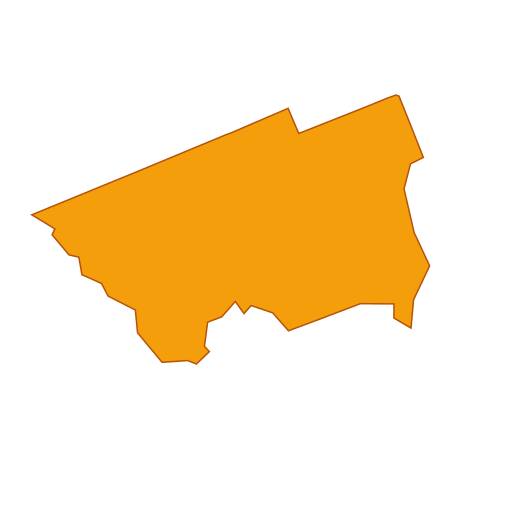 Seminole, Florida, United States of America, rotated 158°
{"feature_id": "52423323B18457012552494", "entity_name": "Seminole", "entity_type": "district", "adm_level": 2, "iso_a3": "USA", "parent_name": "United States of America", "parent_adm1": "Florida", "projection": "orthographic", "projection_center": [-81.235, 28.745], "detail": "fine", "context": "isolated", "style": "filled", "palette": "amber", "viewbox_px": 512, "rotation_deg": 158, "n_neighbors": 0, "source": "geoboundaries", "source_scale": "gbopen_adm2", "svg_char_len": 714}
<svg xmlns="http://www.w3.org/2000/svg" viewBox="0 0 512 512"><g transform="rotate(158 256 256)"><path d="M100.6,218.6L93.6,262.8L78.2,283.6L63.9,284.7L63.6,322.7L63.5,350.7L66.0,352.8L75.1,353.2L99.8,353.1L170.4,353.6L170.6,360.4L170.9,380.9L208.2,380.1L232.8,379.5L238.7,379.7L333.0,378.8L448.5,378.2L432.3,356.5L437.1,352.1L429.0,327.1L420.7,321.3L424.4,303.9L409.5,288.3L408.2,274.3L388.1,251.1L394.6,229.2L382.9,192.6L358.6,184.7L351.7,178.2L335.1,184.8L337.6,191.6L325.6,212.8L310.6,212.4L292.2,221.6L288.7,207.1L279.1,211.9L261.8,197.0L253.9,174.5L215.7,173.5L177.1,172.7L146.0,159.9L151.4,146.8L139.3,131.1L126.3,156.4L98.7,181.8L100.6,218.6Z" fill="#f59e0b" stroke="#b45309" stroke-width="1.5"/></g></svg>